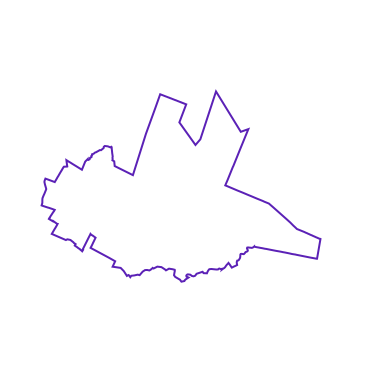 the district of Cosío, Aguascalientes, Mexico, rotated 112°
{"feature_id": "50627088B99350928846043", "entity_name": "Cosío", "entity_type": "district", "adm_level": 2, "iso_a3": "MEX", "parent_name": "Mexico", "parent_adm1": "Aguascalientes", "projection": "mercator", "projection_center": [-102.285, 22.371], "detail": "fine", "context": "isolated", "style": "outline", "palette": "violet", "viewbox_px": 384, "rotation_deg": 112, "n_neighbors": 0, "source": "geoboundaries", "source_scale": "gbopen_adm2", "svg_char_len": 5441}
<svg xmlns="http://www.w3.org/2000/svg" viewBox="0 0 384 384"><g transform="rotate(112 192 192)"><path d="M273.2,185.8L271.7,184.6L270.8,180.7L270.8,180.3L270.6,178.9L271.5,178.4L273.6,178.0L275.9,177.5L277.0,175.8L277.6,171.8L277.8,170.3L278.7,168.9L279.1,168.2L277.4,165.7L276.9,165.7L276.7,165.7L275.5,165.2L272.6,163.2L272.5,164.9L272.5,165.4L271.8,165.9L271.7,165.9L271.2,165.9L270.4,165.5L270.2,165.4L269.9,164.9L269.3,162.6L269.9,160.6L269.6,159.0L269.1,158.4L268.4,157.7L266.1,157.1L262.0,152.3L262.5,151.5L262.9,150.9L261.8,147.7L261.6,147.7L260.4,147.7L259.6,147.7L258.8,147.5L257.8,147.3L257.4,147.2L256.9,146.7L256.1,145.1L255.1,141.6L254.6,140.0L254.4,139.6L254.2,139.3L254.1,138.9L253.1,138.4L252.9,138.2L252.7,137.9L252.7,137.7L252.7,136.4L251.7,135.0L252.4,135.0L251.4,134.4L250.4,133.6L250.1,133.5L249.2,133.1L248.0,132.9L246.2,132.4L245.2,131.9L244.1,131.6L244.4,131.1L244.9,130.2L245.9,128.7L247.2,126.8L246.8,126.4L245.7,125.5L245.5,125.3L245.0,124.8L244.8,124.6L244.7,124.5L244.6,124.4L242.8,122.8L240.7,124.1L239.4,124.4L239.2,124.4L238.6,124.3L238.4,123.8L238.0,123.4L237.4,123.1L236.7,123.0L235.8,122.8L235.7,122.8L234.9,122.8L234.0,123.0L231.9,123.7L231.2,123.6L231.0,123.3L230.7,122.7L230.4,121.3L230.2,120.7L229.6,120.4L228.8,120.1L227.9,119.9L227.5,119.7L226.7,118.8L226.2,118.4L225.8,118.3L225.6,118.3L225.4,118.3L224.8,118.7L224.5,119.1L224.1,119.5L223.7,119.9L222.9,120.0L222.4,119.3L222.1,118.1L221.8,117.1L221.4,115.6L220.6,114.7L219.8,114.2L219.2,113.9L219.4,113.8L219.0,111.6L218.5,109.3L218.3,108.2L217.7,105.4L217.3,103.1L217.0,102.0L216.3,98.3L215.2,92.6L215.1,92.1L214.2,87.9L213.8,85.8L213.8,85.6L213.3,83.3L212.8,80.6L212.6,79.6L212.0,75.9L211.2,72.5L211.2,72.2L208.5,57.9L207.1,51.1L206.9,51.1L187.4,55.3L187.4,55.5L187.6,56.5L187.5,58.6L187.5,60.2L187.4,61.7L187.4,63.3L187.3,64.0L187.3,64.8L187.3,66.3L187.2,67.6L187.2,68.7L187.1,69.8L187.1,70.8L187.1,71.7L187.0,72.6L187.0,73.4L187.0,73.5L187.0,80.8L186.9,81.2L186.6,81.8L185.4,84.9L185.4,85.0L183.5,89.4L181.6,94.6L176.4,109.2L175.8,110.9L173.9,116.4L173.9,116.5L173.9,117.0L173.9,121.3L173.8,122.7L173.8,122.8L173.8,129.6L173.7,135.9L173.7,137.3L173.7,137.5L173.7,138.6L173.6,144.6L173.6,150.5L173.5,156.0L173.4,161.8L173.4,163.6L171.5,163.6L167.3,163.5L163.7,163.5L163.2,163.5L162.6,163.5L162.0,163.5L161.4,163.5L160.9,163.5L160.6,163.5L160.3,163.5L159.8,163.5L159.3,163.5L158.9,163.5L158.4,163.5L158.0,163.5L157.6,163.5L157.1,163.5L156.9,163.5L156.4,163.5L156.2,163.5L155.9,163.5L155.7,163.5L154.7,163.5L154.3,163.5L154.0,163.5L153.7,163.5L152.4,163.4L151.8,163.4L151.3,163.4L150.8,163.4L148.8,163.4L148.4,163.4L148.0,163.4L147.6,163.4L147.0,163.4L146.4,163.4L142.8,163.4L141.3,163.4L133.6,163.4L112.6,163.3L117.9,169.3L89.8,207.4L140.0,204.0L147.1,206.4L132.2,229.8L112.9,230.2L113.3,258.1L127.2,257.5L155.3,256.5L198.5,253.1L196.9,273.4L194.8,274.5L192.7,275.6L192.4,277.7L191.5,277.8L190.4,278.3L190.2,278.5L188.6,278.9L188.0,279.3L187.1,279.8L186.3,280.3L182.9,282.1L182.2,282.5L180.5,283.3L180.3,283.8L181.2,284.4L181.2,284.6L181.2,287.1L182.0,290.1L183.1,290.7L184.3,290.4L185.2,290.8L185.4,291.0L186.6,291.6L187.3,292.0L187.7,293.2L188.9,294.1L189.2,294.3L189.9,295.0L190.2,295.2L190.8,295.5L191.3,296.2L191.6,296.5L191.8,296.7L192.1,296.9L193.0,297.3L193.3,297.5L193.5,297.7L193.8,298.0L194.5,298.8L195.0,298.5L195.2,298.4L195.8,298.7L196.1,298.8L196.4,298.5L197.0,298.3L197.3,298.6L197.6,298.5L198.5,299.3L200.0,299.2L200.2,299.4L201.1,300.1L201.3,301.1L200.9,301.2L203.8,302.4L212.6,302.4L211.5,308.8L210.8,313.0L210.3,315.7L210.0,317.7L209.5,320.4L210.6,319.8L215.1,317.2L215.2,317.3L216.5,320.2L216.8,320.3L217.1,320.4L217.4,320.5L217.7,320.5L218.1,320.6L218.7,320.7L219.0,320.7L219.3,320.8L219.6,320.8L219.9,320.8L220.2,320.9L220.5,320.9L220.8,321.0L221.1,321.0L221.4,321.1L221.7,321.1L221.9,321.2L222.9,321.3L224.0,321.5L225.0,321.6L225.3,321.7L227.1,321.9L228.1,322.1L229.2,322.3L229.6,322.3L233.7,322.9L233.9,323.0L234.2,323.0L234.4,330.5L234.5,332.3L234.5,332.6L234.5,332.9L234.8,332.9L236.2,332.9L237.2,332.8L237.5,332.7L238.0,332.6L238.7,332.1L239.9,331.3L243.5,328.5L243.8,328.3L244.1,328.2L244.4,328.2L248.9,328.2L250.8,328.3L253.0,328.3L253.8,328.3L254.0,328.2L254.4,328.1L255.1,327.9L257.9,326.8L258.2,326.7L258.8,326.6L260.8,326.4L260.8,326.0L260.8,325.7L260.4,319.6L260.3,319.2L260.1,315.7L260.0,312.6L261.4,312.8L261.7,312.8L262.5,313.1L264.0,313.4L264.5,313.5L265.6,313.7L267.0,314.0L267.5,314.1L268.2,314.2L269.7,314.5L269.7,314.3L270.6,314.5L271.3,309.9L270.9,309.9L272.1,305.0L272.0,304.7L272.6,304.7L274.1,304.9L276.9,305.3L277.2,305.4L279.9,305.8L283.4,306.3L283.8,290.9L283.3,290.5L282.6,289.9L282.5,289.4L282.4,289.0L282.0,286.7L282.3,285.8L282.9,283.7L283.1,283.0L283.6,282.2L283.8,280.8L283.9,280.4L285.6,280.6L285.7,280.1L285.9,279.3L286.1,278.2L286.4,277.2L286.6,276.5L286.8,275.5L287.1,274.2L287.3,274.0L287.8,272.3L288.1,271.6L286.4,271.3L286.2,271.8L273.7,270.8L269.2,270.4L268.9,270.4L269.5,269.2L269.5,268.2L270.5,264.3L275.3,264.6L276.1,264.7L276.4,264.7L277.0,264.7L279.8,264.9L280.7,265.0L281.8,265.1L284.1,244.1L285.0,237.3L291.0,237.6L289.1,229.7L290.9,225.6L294.2,220.9L292.8,219.9L292.8,219.4L294.1,217.3L292.4,216.9L291.0,214.3L289.0,211.4L288.7,209.4L284.3,207.9L282.0,206.3L281.1,204.4L280.7,202.1L279.5,201.2L277.4,200.1L277.1,200.0L277.3,198.9L274.2,196.2L273.7,194.4L273.6,194.0L273.1,192.2L273.9,188.1L274.4,186.8L273.2,185.8Z" fill="none" stroke="#5b21b6" stroke-width="2"/></g></svg>